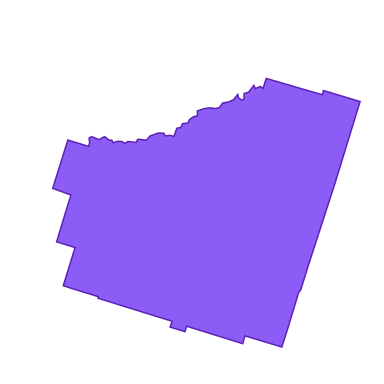 Sublette, Wyoming, United States of America (Equal Earth projection), rotated 287°
{"feature_id": "52423323B90413410102798", "entity_name": "Sublette", "entity_type": "district", "adm_level": 2, "iso_a3": "USA", "parent_name": "United States of America", "parent_adm1": "Wyoming", "projection": "equal_earth", "projection_center": [-109.734, 42.864], "detail": "fine", "context": "isolated", "style": "filled", "palette": "violet", "viewbox_px": 384, "rotation_deg": 287, "n_neighbors": 0, "source": "geoboundaries", "source_scale": "gbopen_adm2", "svg_char_len": 1065}
<svg xmlns="http://www.w3.org/2000/svg" viewBox="0 0 384 384"><g transform="rotate(287 192 192)"><path d="M64.6,108.8L64.5,133.1L62.9,133.1L62.6,196.4L62.6,210.6L56.4,210.6L56.4,226.1L62.1,226.1L61.8,284.8L69.9,284.7L70.0,323.2L90.1,323.5L127.6,323.4L129.7,324.6L153.9,324.7L241.8,326.2L327.6,326.3L327.5,288.1L323.1,288.1L322.3,229.8L311.8,229.6L312.8,226.5L309.4,222.2L312.1,220.0L304.0,216.9L301.3,213.0L296.4,214.5L294.2,213.0L295.9,208.7L298.7,207.3L292.4,204.7L288.7,200.5L286.2,195.4L280.6,193.4L278.5,189.6L277.8,184.6L275.2,179.1L271.1,173.4L266.5,174.9L264.2,171.2L260.6,168.4L256.8,168.0L254.7,163.1L250.3,162.3L248.6,158.9L240.0,158.5L239.7,154.2L237.8,150.0L240.0,147.9L238.6,142.6L233.3,135.5L228.3,133.3L226.6,124.8L223.0,124.0L221.6,116.0L218.8,113.3L219.8,110.3L218.7,105.9L216.0,102.2L218.3,100.0L217.2,98.4L219.4,92.2L214.9,87.6L215.6,79.7L213.3,77.9L209.1,79.7L205.4,79.7L205.4,65.4L205.4,58.1L154.7,57.7L153.7,77.1L148.3,77.1L138.6,77.0L104.7,77.1L104.7,96.4L64.7,96.3L64.6,108.8Z" fill="#8b5cf6" stroke="#5b21b6" stroke-width="1.5"/></g></svg>